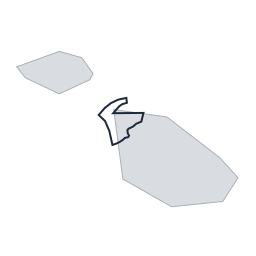 Malta, with Mellieħa highlighted, rotated 353°
{"feature_id": "MLT-5925", "entity_name": "Mellieħa", "entity_type": "state/province", "adm_level": 1, "iso_a3": "MLT", "parent_name": "Malta", "parent_adm1": "", "projection": "orthographic", "projection_center": [14.362, 35.96], "detail": "fine", "context": "in_parent", "style": "outline", "palette": "slate", "viewbox_px": 256, "rotation_deg": 353, "n_neighbors": 0, "source": "natural_earth", "source_scale": "10m", "svg_char_len": 715}
<svg xmlns="http://www.w3.org/2000/svg" viewBox="0 0 256 256"><g transform="rotate(353 128 128)"><path d="M231.1,190.8L213.2,212.4L161.7,211.5L116.7,178.1L116.1,108.0L168.0,121.8L215.5,168.7L231.1,190.8ZM95.9,75.5L63.9,85.7L32.3,65.7L24.9,53.7L69.1,43.6L90.7,52.6L99.9,69.8L95.9,75.5Z" fill="#d9dde1" stroke="#a8b0b8" stroke-width="1"/><path d="M110.5,142.9L109.1,128.7L106.1,118.3L100.5,111.5L107.3,105.4L114.1,101.2L121.6,98.7L130.0,97.9L130.0,102.8L125.1,103.7L122.0,105.3L115.1,111.5L145.2,114.9L142.0,123.3L136.6,124.8L133.2,127.2L128.9,128.6L127.3,129.7L127.0,132.7L128.1,135.8L127.0,137.1L123.5,137.5L121.6,139.1L117.4,141.1L113.9,142.2L110.5,142.9Z" fill="none" stroke="#1e293b" stroke-width="2"/></g></svg>